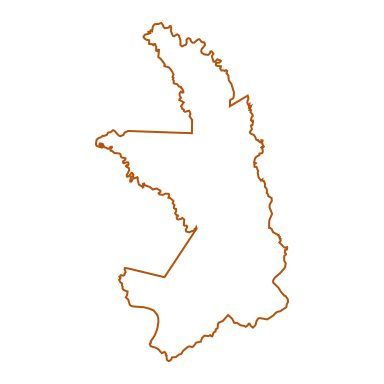 the district of Unión Panamericana ( Animas), Chocó, Colombia
{"feature_id": "7082276B59837369743013", "entity_name": "Unión Panamericana ( Animas)", "entity_type": "district", "adm_level": 2, "iso_a3": "COL", "parent_name": "Colombia", "parent_adm1": "Chocó", "projection": "robinson", "projection_center": [-76.654, 5.295], "detail": "fine", "context": "isolated", "style": "outline", "palette": "amber", "viewbox_px": 384, "rotation_deg": 0, "n_neighbors": 0, "source": "geoboundaries", "source_scale": "gbopen_adm2", "svg_char_len": 5989}
<svg xmlns="http://www.w3.org/2000/svg" viewBox="0 0 384 384"><path d="M269.1,227.9L269.2,221.5L269.6,219.5L272.1,213.8L269.5,207.4L269.7,204.6L271.8,200.9L271.6,198.1L268.2,196.0L268.2,194.6L266.6,192.9L267.0,190.7L266.5,188.4L264.9,186.9L265.0,183.9L264.0,181.2L262.1,180.6L262.3,179.5L260.9,180.4L258.6,177.4L257.7,172.7L258.2,170.8L257.6,170.2L257.1,168.1L256.2,166.7L254.6,166.9L254.3,164.8L254.3,164.2L255.8,163.2L254.1,162.4L255.0,158.4L256.5,156.6L259.3,155.2L259.4,153.6L262.3,153.0L262.8,151.8L262.6,149.8L262.1,148.4L261.2,147.5L261.8,147.0L263.2,147.3L263.8,146.6L262.8,145.1L262.3,143.2L261.5,142.8L262.4,141.7L262.6,140.5L261.4,140.2L261.3,141.8L259.6,142.0L258.2,140.1L257.6,140.4L256.1,139.5L255.4,137.3L253.9,135.0L250.8,133.6L249.9,132.6L250.0,131.8L251.9,129.2L250.9,125.5L252.5,125.0L253.1,121.1L252.9,120.6L251.8,121.1L250.9,120.2L251.7,117.0L252.8,115.9L252.1,114.0L250.4,112.0L251.0,110.6L250.8,109.8L249.5,109.9L251.0,106.1L249.0,107.3L249.4,104.3L248.4,105.1L247.3,102.7L247.6,100.7L248.5,98.6L247.7,95.6L229.9,106.2L230.1,100.1L233.1,98.4L233.8,96.1L233.9,92.1L231.4,84.1L228.8,80.2L228.3,75.5L226.5,73.1L227.2,70.9L226.0,70.2L224.7,70.9L223.8,70.4L221.4,70.5L220.0,68.3L220.9,66.9L220.8,66.2L217.1,65.9L216.0,65.4L215.8,64.5L216.4,63.0L219.5,62.5L220.7,61.5L220.8,60.7L217.4,59.3L215.0,61.8L213.5,61.7L212.0,56.9L212.1,55.9L213.4,53.7L211.6,51.4L210.4,51.5L209.9,53.4L208.1,54.9L204.5,54.4L201.8,52.9L201.2,51.4L201.3,50.4L201.8,49.0L205.0,45.2L204.5,42.8L203.8,42.2L201.8,42.2L199.8,39.6L199.0,39.1L197.5,39.8L194.2,42.7L192.5,42.7L191.1,41.4L190.3,39.0L188.4,38.2L187.4,38.7L186.5,40.0L186.6,43.1L185.9,44.6L182.0,46.4L180.5,45.1L180.4,40.0L179.1,36.6L179.2,35.7L177.1,34.3L174.1,36.3L172.8,35.8L170.9,31.1L171.3,27.9L170.5,26.0L169.8,26.0L168.8,27.6L165.0,28.2L163.7,27.3L162.7,24.6L161.3,23.0L158.2,24.0L154.7,24.2L152.9,26.4L152.1,31.1L150.9,30.2L150.5,30.5L150.4,33.1L149.8,33.2L148.9,31.9L148.4,31.9L148.4,33.9L145.2,34.5L143.7,36.2L143.6,37.0L144.5,38.5L146.0,39.6L149.2,40.3L149.1,43.9L152.1,44.2L153.2,45.1L154.1,43.9L155.3,44.2L155.4,45.4L156.2,46.6L156.1,50.6L157.3,51.1L158.2,49.7L159.0,50.0L158.3,57.1L160.8,58.9L164.3,63.6L164.8,64.8L164.2,65.7L164.4,66.2L168.6,67.2L170.5,69.1L172.5,72.2L173.5,74.7L172.5,77.1L173.5,77.9L172.9,79.6L173.7,80.5L173.7,83.3L177.3,84.3L179.1,86.6L181.1,87.0L181.5,88.3L182.6,89.3L182.9,90.9L183.4,91.5L183.3,92.4L182.3,92.6L180.9,91.7L179.6,93.2L179.7,95.7L181.0,97.8L179.6,99.0L179.2,99.9L183.8,102.4L181.0,106.3L181.7,107.0L182.0,108.6L183.8,109.6L183.8,111.0L185.0,111.8L189.1,110.7L190.1,112.4L190.4,114.1L189.5,116.2L192.2,120.1L191.8,121.1L192.1,121.4L191.9,133.2L128.0,131.0L124.6,132.6L123.4,135.0L120.3,136.2L118.6,135.4L114.6,130.9L113.0,130.2L110.5,132.2L108.0,132.6L106.9,134.8L104.4,135.8L102.6,135.9L100.9,137.3L98.5,138.1L96.6,139.8L96.0,143.6L96.1,145.0L97.1,146.1L101.8,147.6L102.4,147.3L102.4,146.5L101.8,145.7L99.6,145.2L99.4,144.3L99.8,143.6L100.7,143.4L102.7,144.0L104.4,147.3L106.1,147.7L107.8,148.8L109.1,148.4L110.6,146.8L111.8,146.7L111.9,147.5L110.3,149.5L110.6,150.7L112.3,151.1L114.4,153.0L119.4,153.5L120.3,154.1L121.1,156.8L121.6,157.5L125.5,158.3L125.4,159.7L123.1,161.3L123.1,162.8L123.6,163.2L127.2,162.2L128.2,162.4L128.5,163.1L128.3,165.0L126.5,165.3L126.0,166.1L126.5,166.9L128.6,167.7L129.2,169.2L129.2,170.0L127.8,173.3L126.7,174.9L126.8,176.4L127.5,176.8L128.3,176.5L130.2,174.9L131.4,172.8L132.2,173.1L133.3,174.7L133.2,176.4L131.6,176.6L130.7,177.2L130.7,179.0L130.0,181.0L130.4,181.7L131.3,181.7L133.2,178.3L135.2,178.2L137.2,177.2L137.7,177.8L137.7,179.8L138.9,184.6L142.4,186.7L142.9,187.5L143.4,187.1L142.9,183.9L144.1,183.5L144.9,185.3L149.9,187.0L152.8,189.5L156.6,188.5L160.3,190.6L160.5,191.8L158.6,193.2L159.4,194.4L162.9,194.9L165.4,193.6L168.7,193.9L169.2,195.5L168.4,197.7L170.2,198.1L173.3,200.7L173.4,201.5L172.6,203.1L174.5,205.2L173.8,206.7L173.9,208.1L174.7,208.8L176.0,208.8L176.2,209.5L176.1,211.4L175.1,213.3L176.3,214.9L177.9,215.5L177.8,216.3L176.6,217.4L177.3,219.2L178.3,219.5L180.9,219.0L182.2,217.9L184.2,219.4L183.9,225.1L184.5,225.7L186.4,225.6L187.2,226.4L186.9,227.7L185.7,229.6L186.1,231.4L189.2,232.3L191.7,231.2L193.8,231.0L194.7,228.8L196.0,228.3L196.3,227.4L196.5,227.9L196.6,228.6L164.5,277.2L127.5,268.3L124.8,268.1L124.7,269.1L125.6,272.2L124.6,273.5L124.4,275.0L123.4,275.6L120.8,275.2L120.2,276.0L120.4,277.2L119.6,277.1L120.2,278.8L119.1,279.8L120.7,282.7L121.6,283.0L122.1,283.8L122.0,285.6L122.7,286.9L122.4,287.9L122.9,289.2L123.8,290.1L127.6,291.5L127.1,295.1L125.8,297.3L128.2,299.6L129.8,304.8L131.0,305.8L132.7,306.4L143.8,307.2L149.2,308.6L153.8,310.5L157.3,315.0L158.2,317.5L158.4,321.8L157.3,328.9L154.6,335.7L150.7,341.4L150.9,342.8L149.9,343.3L149.8,344.2L150.7,346.2L155.3,347.6L158.3,349.2L161.8,353.2L164.5,351.9L166.0,353.7L165.8,355.1L166.7,355.7L166.4,356.6L167.0,360.0L168.3,360.9L169.3,361.0L171.2,359.5L172.2,357.3L175.9,357.1L178.9,354.6L181.2,353.9L183.2,350.7L188.0,346.8L189.7,346.4L192.3,347.1L193.9,345.8L196.3,342.6L200.9,341.7L202.0,338.0L204.6,335.6L208.2,336.1L210.2,335.1L211.4,336.3L212.3,336.3L213.7,332.4L215.5,331.4L215.8,329.4L217.6,328.2L218.0,324.0L218.7,322.7L222.9,320.9L228.1,315.0L232.2,318.8L234.2,322.8L237.1,322.9L240.5,325.2L244.3,326.0L245.8,326.8L247.8,325.3L248.6,323.7L249.5,323.7L250.7,325.8L253.0,327.6L255.4,325.1L256.6,320.9L258.4,318.3L259.9,318.1L267.3,319.4L273.3,315.5L275.9,312.7L277.8,311.7L280.1,311.3L285.9,307.5L286.5,306.7L286.7,304.3L288.0,302.1L287.8,299.2L285.7,296.2L284.1,295.5L280.7,291.5L278.4,287.6L273.3,282.7L273.0,281.4L273.6,279.5L275.1,277.4L280.1,273.2L285.1,267.4L285.7,263.3L284.2,260.6L284.2,256.0L286.0,254.4L285.9,253.7L284.9,252.8L284.7,252.2L285.3,249.9L286.5,249.8L287.0,249.2L287.2,247.5L287.1,247.1L285.2,247.7L284.2,247.4L279.3,242.5L280.7,240.7L280.3,239.8L280.5,238.9L279.7,238.6L279.8,237.0L279.2,236.9L278.7,235.0L277.8,235.2L277.3,234.5L273.0,232.1L271.7,229.1L270.4,228.1L269.1,227.9Z" fill="none" stroke="#b45309" stroke-width="2"/></svg>